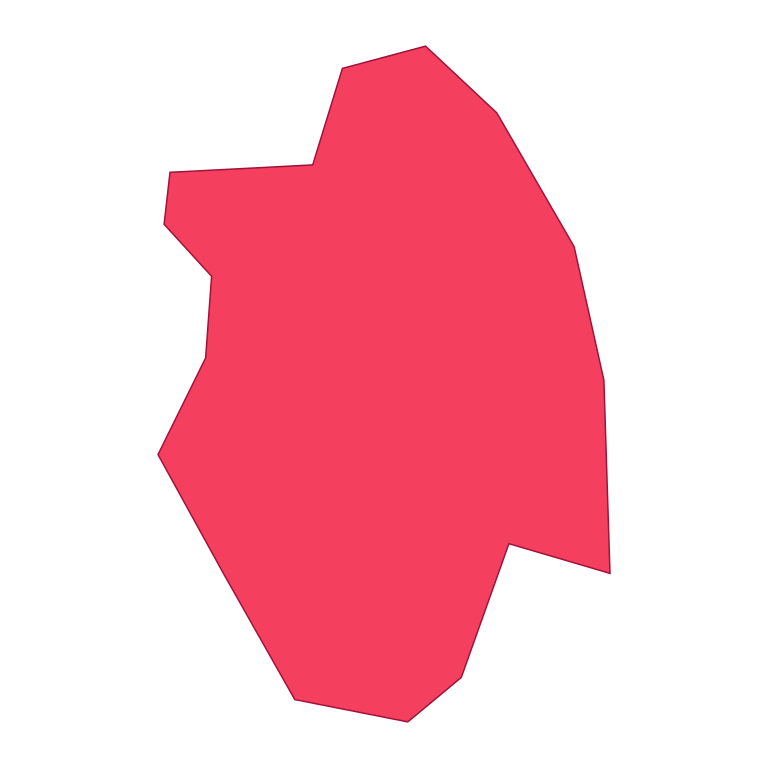 map outline of Veszprém (Robinson projection)
{"feature_id": "HUN-4909", "entity_name": "Veszprém", "entity_type": "Urban county", "adm_level": 1, "iso_a3": "HUN", "parent_name": "Hungary", "parent_adm1": "", "projection": "robinson", "projection_center": [17.909, 47.119], "detail": "fine", "context": "isolated", "style": "filled", "palette": "rose", "viewbox_px": 768, "rotation_deg": 0, "n_neighbors": 0, "source": "natural_earth", "source_scale": "10m", "svg_char_len": 345}
<svg xmlns="http://www.w3.org/2000/svg" viewBox="0 0 768 768"><path d="M425.5,46.1L496.8,112.9L574.1,246.6L603.9,380.3L610.0,573.4L508.9,543.7L461.3,677.4L407.8,721.9L294.8,699.6L223.4,573.4L158.0,454.6L205.6,358.0L211.6,276.3L164.1,224.3L170.0,172.3L312.7,164.9L342.4,68.4L425.5,46.1Z" fill="#f43f5e" stroke="#9f1239" stroke-width="1.5"/></svg>